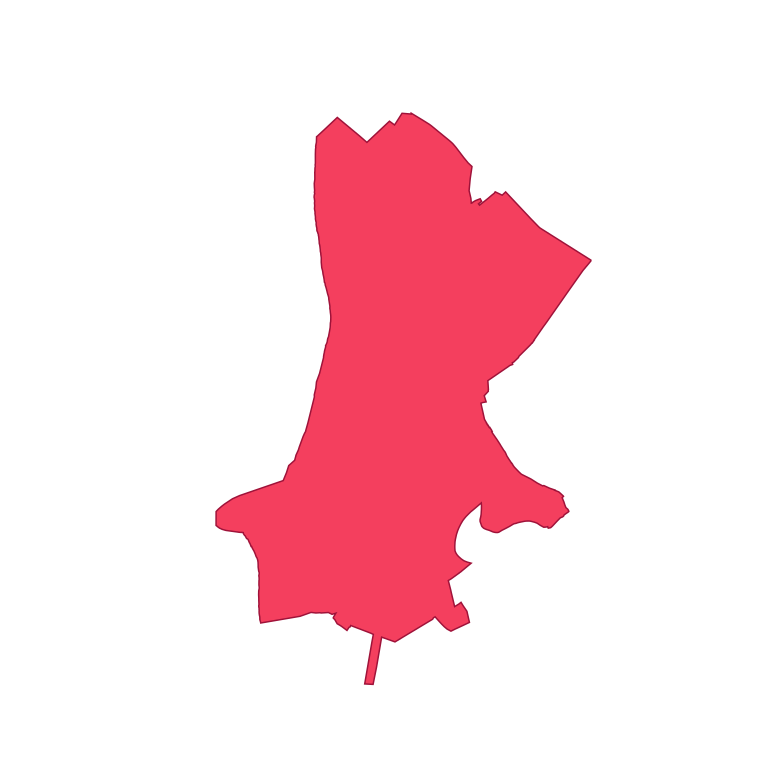 Ventspils, Ventspils, Latvia, rotated 324°
{"feature_id": "27541924B34686521440656", "entity_name": "Ventspils", "entity_type": "district", "adm_level": 2, "iso_a3": "LVA", "parent_name": "Latvia", "parent_adm1": "Ventspils", "projection": "robinson", "projection_center": [21.593, 57.409], "detail": "fine", "context": "isolated", "style": "filled", "palette": "rose", "viewbox_px": 768, "rotation_deg": 324, "n_neighbors": 0, "source": "geoboundaries", "source_scale": "gbopen_adm2", "svg_char_len": 6159}
<svg xmlns="http://www.w3.org/2000/svg" viewBox="0 0 768 768"><g transform="rotate(324 384 384)"><path d="M349.2,580.2L346.9,577.3L345.5,575.2L344.7,573.8L343.7,571.0L343.2,568.7L342.9,567.3L342.7,564.9L342.9,562.7L343.4,560.7L344.9,558.3L346.2,556.5L348.7,553.4L350.5,551.6L354.2,548.3L357.5,545.9L360.3,544.2L363.8,542.4L367.5,540.8L370.2,540.0L372.6,539.4L375.6,538.9L379.0,538.4L382.4,538.2L392.8,537.4L391.3,539.8L389.2,542.6L386.0,546.5L384.4,548.1L382.3,549.9L381.8,550.4L380.9,551.8L380.1,554.5L379.7,555.7L379.5,556.5L379.5,557.0L379.7,558.5L379.9,559.3L380.5,560.5L381.5,562.1L382.8,563.8L383.4,564.7L385.2,567.7L386.2,568.9L387.0,569.7L387.7,570.3L388.7,571.0L389.8,571.4L393.6,571.7L397.2,572.3L402.1,573.0L406.8,573.4L408.8,574.3L410.5,574.8L412.5,575.6L417.3,577.8L418.8,578.7L420.4,579.8L421.5,580.7L422.4,581.7L424.6,584.4L426.1,586.7L427.4,590.3L428.5,592.6L428.9,593.6L430.0,594.4L431.5,595.2L432.6,595.6L432.1,596.8L432.2,597.2L434.4,598.2L436.6,598.0L443.9,596.6L448.1,595.9L450.4,596.5L451.7,596.4L452.7,595.8L455.3,595.8L457.4,595.9L458.6,595.8L458.8,595.4L459.1,593.5L458.6,591.3L458.5,590.8L458.6,590.6L459.2,588.2L460.2,585.2L461.3,580.7L463.2,580.4L463.2,579.9L462.4,575.8L462.0,574.0L459.7,570.4L460.0,570.3L456.7,565.6L453.6,560.1L452.5,559.7L449.8,554.3L447.1,547.4L442.3,538.1L442.0,537.2L441.4,533.9L440.8,529.5L440.6,527.8L440.6,525.2L440.8,524.8L440.8,523.0L440.6,523.0L440.8,520.8L440.8,519.3L441.1,514.5L441.8,511.4L442.0,509.8L441.9,508.1L442.3,501.9L442.4,501.4L442.7,496.0L442.9,487.5L443.1,486.0L443.6,486.1L443.9,484.6L444.1,481.2L443.6,481.2L443.7,479.2L443.9,479.2L444.0,477.6L443.7,477.6L443.9,475.8L444.1,475.8L444.4,472.7L444.6,471.5L448.6,462.3L451.1,456.5L452.9,457.0L456.1,458.5L458.2,452.4L464.1,451.2L464.9,450.0L465.2,449.9L470.0,442.3L496.9,443.0L497.1,443.1L499.6,443.8L500.3,442.2L502.0,442.5L508.3,441.6L509.4,440.9L525.5,438.4L527.9,437.8L528.0,438.0L531.2,436.9L531.1,436.7L546.3,431.4L552.2,429.5L587.8,417.2L611.7,409.1L623.6,406.1L624.2,405.4L603.9,354.5L602.7,351.5L601.9,349.4L601.5,347.6L599.8,335.7L595.3,300.1L590.6,300.7L589.4,298.5L586.9,293.9L585.3,294.5L582.0,294.6L577.4,295.0L566.4,295.5L566.3,293.8L570.3,293.6L570.7,290.7L568.9,290.2L565.8,289.4L562.7,289.1L562.1,289.3L561.8,289.3L560.9,289.0L563.4,284.9L566.5,277.6L574.3,268.7L578.1,264.8L583.0,259.8L582.0,254.5L581.6,247.6L581.3,234.9L581.1,232.1L580.9,229.8L580.4,227.3L579.9,225.2L576.0,210.4L575.3,207.6L574.0,202.7L573.3,200.5L570.4,193.3L565.2,180.9L564.7,181.6L557.7,175.6L547.3,179.7L544.8,180.6L542.9,174.6L512.2,178.5L510.0,168.9L506.3,154.3L502.9,140.9L484.9,143.2L478.0,144.0L475.9,144.3L474.8,144.3L471.4,148.7L470.1,149.9L469.6,150.3L469.4,150.7L468.7,151.2L468.1,152.0L467.9,152.5L466.6,153.8L463.5,157.8L458.8,164.3L457.7,165.7L457.1,166.2L456.5,167.3L456.2,167.7L455.3,168.5L454.8,169.1L453.2,171.2L452.2,172.3L451.7,173.1L448.4,177.7L445.5,180.7L443.2,184.1L441.6,186.7L440.3,188.1L439.9,189.1L439.7,189.4L438.7,190.1L437.3,191.7L437.0,192.3L436.8,192.8L436.4,193.5L435.4,195.3L434.8,196.0L434.2,196.6L433.7,197.4L432.8,198.9L432.4,199.4L431.8,200.1L430.7,201.4L430.3,202.3L429.8,203.3L429.4,204.1L428.9,204.9L428.5,205.3L426.7,208.6L425.5,210.2L424.5,212.3L424.3,213.0L424.1,213.4L423.8,213.8L422.6,215.4L422.5,215.8L422.0,216.6L421.7,217.4L421.3,218.2L421.0,218.9L420.2,219.9L420.0,220.4L419.8,220.7L419.7,221.0L419.7,221.5L419.0,223.6L418.8,224.4L418.2,225.3L417.8,226.3L417.3,227.2L416.2,229.0L415.5,230.4L415.0,231.0L414.7,231.6L414.2,232.3L414.1,232.6L413.7,233.6L413.3,234.5L411.5,237.7L410.5,239.2L409.9,240.6L409.5,241.4L409.0,242.1L407.4,245.1L404.8,248.6L402.0,253.3L400.9,256.2L399.9,258.2L399.5,258.8L399.0,259.9L398.8,260.4L398.4,261.3L398.1,262.0L397.3,263.6L396.9,264.4L396.4,265.3L395.6,266.6L395.6,267.4L395.4,268.0L394.5,269.7L394.2,270.7L393.7,272.2L392.3,275.7L391.5,277.6L390.5,280.5L390.1,281.5L389.1,283.1L386.8,287.6L386.0,289.2L384.5,291.2L383.8,292.7L382.7,294.5L381.4,296.9L380.3,298.6L378.7,300.7L377.5,302.2L376.5,303.1L376.1,303.6L374.6,305.5L373.5,306.8L370.1,310.1L366.8,313.2L365.4,314.0L364.6,314.7L362.6,316.7L360.9,317.8L359.3,318.6L358.9,319.3L358.3,319.9L355.8,321.9L354.9,322.7L354.3,323.4L353.0,324.5L351.3,326.2L350.5,327.2L338.2,337.5L330.6,342.6L326.6,347.1L321.2,351.8L320.1,353.5L299.5,370.8L293.3,375.7L292.7,376.3L290.7,377.2L287.6,379.0L278.4,385.2L276.0,387.0L270.9,389.9L270.0,390.7L266.9,393.2L259.0,394.0L253.0,398.4L245.7,402.9L201.6,389.4L194.0,387.8L184.4,387.4L180.8,387.5L176.4,387.9L173.2,388.5L165.0,399.7L165.0,399.8L165.2,400.2L165.4,401.4L166.2,403.9L167.6,406.4L170.0,409.5L180.1,419.2L181.4,420.3L181.6,420.3L182.8,421.5L182.5,421.9L182.3,422.5L182.2,424.5L182.4,425.0L182.4,425.4L182.1,427.7L182.0,428.3L182.2,428.5L182.5,429.0L182.6,429.4L182.6,430.2L182.4,430.9L181.8,433.5L181.9,433.9L181.0,437.3L181.0,437.5L181.4,437.6L180.9,439.9L180.6,442.8L179.9,445.9L179.4,447.5L179.1,448.6L179.0,450.0L178.8,450.8L178.3,452.3L177.3,454.2L175.7,456.6L174.6,458.1L172.7,461.6L172.1,463.3L171.6,464.0L170.0,465.6L169.4,466.8L168.2,468.6L167.2,469.7L164.6,473.2L163.5,475.2L162.7,476.2L161.7,477.1L161.0,477.8L158.7,480.8L156.6,484.0L155.5,485.5L153.7,488.2L153.2,489.0L152.7,489.3L152.5,489.6L151.7,490.7L151.5,491.1L151.3,491.7L150.3,493.1L150.1,493.6L149.7,494.0L148.9,495.1L148.0,496.5L147.6,497.3L147.3,497.8L147.0,498.6L146.3,499.9L145.3,501.3L145.0,501.8L144.3,503.8L143.8,504.9L179.6,522.6L190.7,525.9L194.3,529.2L197.9,531.5L198.4,532.2L204.7,536.2L206.6,539.8L210.3,541.1L206.4,542.8L205.4,543.4L205.7,545.9L205.2,550.4L206.5,553.3L207.3,555.4L209.2,561.6L211.4,560.8L212.8,560.3L213.9,560.6L215.1,559.8L226.7,577.6L228.2,580.3L222.5,585.7L192.1,615.3L198.6,620.6L211.5,608.7L233.3,587.4L241.3,599.1L256.6,600.4L264.4,601.1L269.3,601.5L285.1,602.9L286.6,602.2L288.5,602.4L289.1,608.4L289.5,611.9L290.1,615.8L290.6,617.8L290.9,619.1L291.2,619.8L292.1,621.7L292.9,623.3L297.6,624.1L299.5,624.5L313.0,627.1L317.5,616.6L317.7,609.5L318.0,605.9L315.2,606.0L310.3,605.6L315.9,592.1L317.0,589.6L320.5,580.8L323.9,581.1L332.5,581.1L333.4,581.2L333.6,581.0L335.7,581.1L336.8,581.0L349.2,580.2Z" fill="#f43f5e" stroke="#9f1239" stroke-width="1.5"/></g></svg>